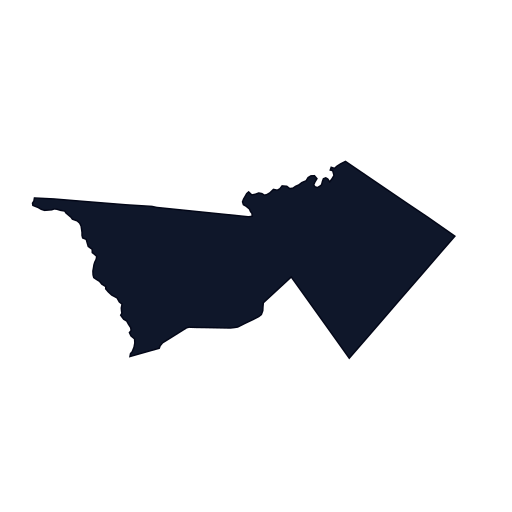 Governador Eugênio Barros, Maranhão, Brazil, rotated 161°
{"feature_id": "56859067B76499051658500", "entity_name": "Governador Eugênio Barros", "entity_type": "district", "adm_level": 2, "iso_a3": "BRA", "parent_name": "Brazil", "parent_adm1": "Maranhão", "projection": "orthographic", "projection_center": [-43.999, -5.389], "detail": "fine", "context": "isolated", "style": "filled", "palette": "ink", "viewbox_px": 512, "rotation_deg": 161, "n_neighbors": 0, "source": "geoboundaries", "source_scale": "gbopen_adm2", "svg_char_len": 2027}
<svg xmlns="http://www.w3.org/2000/svg" viewBox="0 0 512 512"><g transform="rotate(161 256 256)"><path d="M446.6,383.0L448.1,380.3L450.1,378.7L450.5,376.5L446.1,372.7L443.9,370.1L441.1,368.0L438.0,367.2L434.1,366.2L431.4,366.2L429.1,365.1L425.8,362.7L422.2,360.8L421.7,358.6L418.3,352.9L417.6,350.6L413.6,347.4L412.0,344.5L411.6,341.2L412.8,335.0L413.8,332.1L414.0,329.5L411.1,327.0L411.3,323.8L411.5,319.6L408.7,315.7L409.7,312.5L408.3,310.4L406.7,307.5L408.2,304.9L410.5,302.6L412.1,300.4L413.7,297.4L415.1,294.9L416.2,291.2L416.4,288.4L414.4,285.7L412.2,283.0L410.9,279.5L408.0,276.0L408.8,273.9L407.3,270.1L405.1,266.0L403.3,264.1L401.0,261.6L400.2,257.1L398.3,254.1L400.3,250.7L401.0,248.0L401.4,245.6L403.2,244.1L402.5,241.7L401.7,239.3L399.4,236.6L398.8,233.1L397.8,229.1L398.3,226.2L400.6,224.8L400.2,221.1L397.8,217.2L398.9,213.2L401.0,209.5L404.3,205.7L406.4,204.6L407.9,202.0L377.5,200.3L375.9,202.3L372.7,204.3L363.9,206.3L345.0,210.7L342.5,210.5L335.7,207.9L326.8,204.7L303.8,196.3L299.8,195.4L296.4,194.8L288.3,195.9L279.3,196.9L273.2,197.8L270.0,198.9L267.4,202.1L266.0,205.6L264.3,209.4L229.5,224.7L223.3,203.9L207.4,150.4L201.1,129.0L176.9,143.0L159.0,153.4L134.5,167.7L104.2,185.2L79.0,199.9L61.5,210.0L81.0,236.8L96.0,256.6L140.6,316.3L145.9,315.6L150.1,314.6L153.3,313.3L156.0,315.4L157.8,313.1L155.7,311.7L156.0,306.8L158.8,304.4L162.2,302.1L163.1,305.5L164.6,307.2L167.1,307.1L168.9,304.9L170.8,302.0L173.0,301.2L175.6,300.7L177.6,302.1L178.4,304.4L176.2,306.8L173.2,309.3L174.6,312.9L178.0,313.9L181.2,313.2L184.1,310.8L188.7,310.5L192.3,309.3L195.9,309.0L199.0,308.1L202.2,308.8L204.2,311.9L208.5,313.8L211.5,311.8L214.5,311.3L217.8,313.3L222.3,311.2L225.9,310.5L228.3,310.8L230.1,313.1L232.9,314.7L236.4,314.6L240.1,315.1L242.1,319.0L244.5,318.0L246.5,316.2L249.2,313.9L251.1,311.6L251.2,308.6L249.2,306.4L246.9,302.6L246.7,299.8L245.9,297.5L246.7,294.8L250.3,295.5L334.0,334.2L338.3,336.8L361.9,346.6L402.0,364.1L428.4,375.7L446.6,383.0Z" fill="#0f172a" stroke="#020617" stroke-width="1.5"/></g></svg>